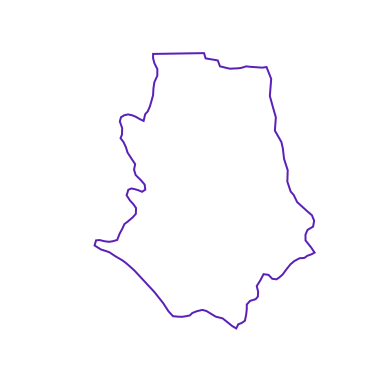 Paraipaba, Ceará, Brazil, rotated 163°
{"feature_id": "56859067B23139491669089", "entity_name": "Paraipaba", "entity_type": "district", "adm_level": 2, "iso_a3": "BRA", "parent_name": "Brazil", "parent_adm1": "Ceará", "projection": "equal_earth", "projection_center": [-39.165, -3.424], "detail": "fine", "context": "isolated", "style": "outline", "palette": "violet", "viewbox_px": 384, "rotation_deg": 163, "n_neighbors": 0, "source": "geoboundaries", "source_scale": "gbopen_adm2", "svg_char_len": 1788}
<svg xmlns="http://www.w3.org/2000/svg" viewBox="0 0 384 384"><g transform="rotate(163 192 192)"><path d="M300.8,169.3L295.7,163.5L291.7,160.8L288.6,158.5L284.2,153.1L278.4,146.8L276.0,143.5L272.8,138.4L270.2,134.1L257.2,107.3L252.1,94.3L249.4,84.9L246.5,78.8L241.9,76.9L237.8,75.5L233.5,74.9L230.2,74.6L227.1,76.2L222.0,76.6L216.5,76.2L212.9,73.9L209.9,70.5L205.8,65.9L199.7,62.2L195.8,56.6L192.7,52.0L189.6,48.6L186.4,52.0L182.8,52.2L179.1,53.4L176.2,58.6L174.0,63.6L172.5,68.4L168.3,70.9L162.5,70.9L159.6,72.7L157.9,77.4L157.6,83.1L152.3,87.7L147.6,92.5L143.1,90.4L140.6,85.5L136.7,83.8L133.7,84.7L129.6,86.5L124.1,90.6L118.9,94.1L114.2,96.1L108.5,97.2L103.9,96.1L100.3,97.3L96.0,97.5L92.5,98.2L94.3,104.2L97.6,112.5L95.9,118.1L92.6,122.0L86.3,123.5L83.6,128.8L84.1,134.7L87.3,139.7L94.4,151.6L95.6,159.4L97.5,163.6L97.8,174.0L94.1,184.8L94.3,196.7L92.4,207.0L91.9,213.7L94.8,226.5L90.0,238.8L89.8,249.7L89.5,261.0L83.2,277.0L84.2,289.7L88.5,290.4L95.8,293.2L99.2,294.5L103.5,296.3L108.9,296.3L112.1,296.9L119.9,298.9L128.5,304.0L128.9,310.3L139.9,315.8L139.9,321.3L188.8,335.4L190.1,331.4L190.3,326.1L189.2,319.7L191.2,313.3L195.9,308.0L198.6,302.3L200.9,296.0L204.0,291.1L207.5,285.8L210.8,282.0L214.0,280.1L217.5,274.1L220.9,277.3L223.6,280.2L226.4,282.6L230.4,284.9L234.3,285.2L238.0,284.3L240.4,280.6L240.1,273.5L242.1,267.5L244.6,264.3L242.9,259.8L242.1,254.1L242.1,248.6L240.1,241.5L238.2,235.3L240.9,230.3L240.9,224.6L237.6,218.6L235.1,212.9L236.0,207.9L239.7,206.8L243.1,209.6L246.0,211.5L248.9,213.1L252.3,212.7L255.5,207.9L253.8,202.0L251.6,197.4L250.2,193.0L252.1,187.5L256.1,185.1L262.1,182.5L266.0,181.1L269.4,177.2L273.3,173.4L277.6,168.0L282.5,168.1L285.8,168.6L289.9,170.4L294.5,173.1L297.9,173.8L300.8,169.3Z" fill="none" stroke="#5b21b6" stroke-width="2"/></g></svg>